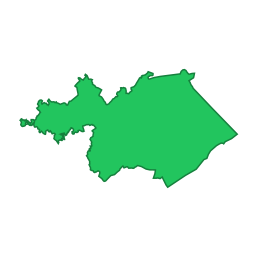 the district of Homs, Homs (Hims), Syria, rotated 326°
{"feature_id": "27442178B91557549439519", "entity_name": "Homs", "entity_type": "district", "adm_level": 2, "iso_a3": "SYR", "parent_name": "Syria", "parent_adm1": "Homs (Hims)", "projection": "orthographic", "projection_center": [36.55, 34.443], "detail": "fine", "context": "isolated", "style": "filled", "palette": "green", "viewbox_px": 256, "rotation_deg": 326, "n_neighbors": 0, "source": "geoboundaries", "source_scale": "gbopen_adm2", "svg_char_len": 5476}
<svg xmlns="http://www.w3.org/2000/svg" viewBox="0 0 256 256"><g transform="rotate(326 128 128)"><path d="M198.5,194.6L201.0,193.7L207.9,194.7L215.1,194.2L208.8,159.0L204.2,131.5L204.5,129.8L204.4,127.1L204.9,125.2L205.0,122.9L210.4,123.0L211.2,122.3L213.7,119.8L211.6,118.6L208.7,117.6L208.4,117.1L208.1,114.9L208.2,112.8L207.5,111.2L206.0,110.5L203.8,110.8L201.5,112.3L183.8,103.4L177.6,100.7L173.0,99.4L172.5,98.7L172.8,97.4L173.7,96.8L175.0,97.1L175.6,96.9L177.6,98.2L178.3,98.1L179.2,96.8L176.2,92.6L174.9,93.3L172.2,93.6L170.6,93.2L169.5,92.6L168.5,92.5L168.3,93.1L167.4,93.8L166.9,93.9L166.7,93.0L165.3,93.1L164.7,93.5L159.9,95.7L158.3,96.6L155.9,97.1L153.2,96.3L152.4,97.3L152.2,98.1L152.4,98.7L151.8,99.4L149.1,99.4L148.8,99.7L148.1,100.0L147.3,99.7L146.9,98.9L145.8,98.2L147.2,96.2L148.0,94.3L148.1,93.5L146.8,91.9L146.1,91.9L145.5,91.5L145.3,91.1L144.4,90.6L143.7,92.1L143.2,92.5L141.0,93.1L139.4,92.4L138.1,93.0L137.5,93.8L137.5,95.6L136.9,96.0L136.2,95.9L135.5,95.2L133.1,95.8L131.5,95.5L129.5,96.4L127.0,96.8L125.7,97.3L123.6,96.9L123.2,96.3L123.1,95.5L123.4,94.6L123.5,93.5L123.2,92.1L123.5,90.5L123.4,87.5L122.1,85.0L122.6,84.3L127.4,81.7L126.9,80.4L125.7,78.1L124.2,76.3L124.1,75.4L124.2,74.2L123.7,73.4L123.1,71.9L123.8,70.8L124.1,68.5L125.4,68.0L124.6,66.8L122.7,65.6L123.4,61.6L122.7,59.7L121.7,60.3L122.0,61.5L121.7,62.1L119.4,62.5L117.7,63.2L116.6,61.4L116.1,59.4L115.5,59.4L115.0,58.7L114.5,59.2L114.5,61.1L114.3,62.1L111.7,62.4L107.7,63.4L107.4,63.8L108.3,65.6L108.2,66.1L107.5,67.5L105.8,71.6L104.9,72.9L95.6,73.8L94.3,73.1L90.8,75.2L89.8,74.5L90.1,73.4L89.8,72.4L89.0,71.4L84.9,70.4L84.3,68.9L83.0,67.2L83.1,66.3L82.1,66.4L81.6,66.0L81.8,65.6L80.9,64.6L79.7,64.0L79.0,63.3L78.6,62.2L78.5,59.9L78.0,60.0L78.0,60.3L76.5,60.6L76.4,61.0L76.7,61.7L76.4,63.3L76.0,63.9L74.6,64.5L74.6,64.2L74.9,64.1L74.5,63.5L74.0,63.4L74.0,61.7L73.2,61.3L72.7,60.1L70.1,60.1L70.3,58.9L72.2,57.6L71.9,56.5L71.5,56.3L70.8,55.7L68.8,55.9L68.8,56.2L68.0,56.7L66.6,57.4L66.3,57.8L66.5,58.8L66.4,59.1L66.5,59.9L64.7,60.6L63.5,60.5L63.5,62.0L63.8,63.5L64.2,63.7L64.2,63.9L64.1,65.9L63.8,65.8L62.7,66.6L61.6,66.9L60.9,67.3L60.5,67.2L59.7,67.5L59.6,67.3L59.3,67.2L58.7,67.8L57.8,68.0L57.3,68.7L56.3,69.4L55.7,69.2L54.3,69.7L54.2,68.1L52.4,66.9L51.8,67.7L51.6,68.6L51.0,69.3L49.7,69.5L49.6,68.8L49.3,68.6L49.1,67.9L49.4,67.0L48.5,65.4L48.3,65.3L48.3,64.8L48.1,64.8L47.7,65.5L47.2,65.3L47.4,64.6L47.7,64.2L47.1,64.3L46.8,64.1L47.0,64.0L46.8,63.7L46.5,63.9L46.5,63.6L46.0,63.4L45.6,62.5L44.8,62.3L45.0,61.1L44.6,61.1L44.5,60.8L42.9,61.3L43.1,61.9L42.8,63.7L40.9,65.4L41.0,67.1L41.5,67.8L43.5,68.5L44.3,68.4L45.2,67.9L45.3,67.3L46.0,66.5L47.8,66.1L48.2,66.6L48.1,67.1L46.5,68.4L47.7,68.9L47.8,70.3L48.1,70.9L48.5,71.2L49.0,70.9L49.2,71.1L49.6,72.0L50.1,72.0L52.0,70.9L53.3,71.1L51.9,72.3L51.5,73.1L51.1,74.9L51.7,75.4L52.9,75.7L53.4,76.9L52.8,78.3L53.8,79.7L52.2,81.4L52.2,82.3L52.8,82.7L53.9,82.1L54.5,82.2L54.8,85.3L55.2,85.7L55.7,86.9L56.1,87.0L56.9,86.2L57.3,85.8L57.7,84.7L60.1,84.6L60.4,84.8L60.2,86.3L60.4,87.0L60.9,87.4L61.6,86.8L62.0,86.8L62.1,87.7L61.9,90.4L64.0,91.2L64.2,91.9L64.2,92.5L62.5,93.2L62.0,94.2L60.7,95.3L60.7,96.1L61.5,98.3L61.5,101.9L62.6,101.2L62.9,99.9L63.4,99.6L65.0,99.9L65.8,101.0L66.3,101.4L66.7,101.3L66.7,100.6L66.6,100.1L67.1,100.1L67.2,99.8L67.5,100.2L68.1,100.2L68.5,101.7L69.0,102.0L69.3,101.4L69.3,101.0L69.5,100.6L69.0,100.3L69.0,99.8L69.2,99.7L69.1,99.4L69.6,99.4L69.0,98.7L69.5,98.4L70.2,98.9L70.6,98.7L70.7,98.4L69.9,97.3L69.4,97.3L69.3,96.9L69.5,96.7L69.0,96.3L69.4,96.2L69.5,96.0L68.9,95.4L69.9,95.6L69.8,96.1L70.2,96.4L70.7,96.6L70.9,96.1L71.1,96.2L71.1,96.6L70.7,97.3L71.0,97.9L71.5,97.3L72.1,96.8L72.1,96.5L72.3,96.6L72.0,97.6L72.4,98.7L72.3,99.3L73.1,99.4L73.6,99.2L74.3,98.3L75.2,98.4L75.5,98.0L76.1,97.8L76.2,98.1L76.7,98.0L78.2,97.0L79.2,97.1L79.5,96.6L80.5,96.7L80.9,96.0L81.3,96.2L81.4,96.7L81.9,97.3L81.8,97.8L82.0,98.6L81.7,99.3L81.2,99.7L80.2,100.0L79.3,99.9L79.2,100.9L78.7,101.3L79.0,102.3L80.0,102.7L80.5,102.4L80.6,102.0L81.6,101.9L82.4,102.2L82.7,102.8L83.3,103.2L84.0,103.3L84.8,103.2L85.2,102.2L86.7,102.8L87.9,105.2L88.8,105.9L89.8,106.0L89.7,105.3L90.2,105.0L91.0,102.2L91.5,101.2L91.9,101.0L92.9,101.6L95.5,102.0L95.8,102.4L97.1,102.9L97.4,103.2L97.8,104.5L100.1,104.9L100.1,105.6L100.4,106.0L100.9,106.2L101.1,106.7L101.4,110.0L100.9,110.2L96.8,110.2L96.6,110.5L97.0,112.4L94.9,114.5L94.3,115.4L91.6,115.3L90.2,116.2L90.2,118.4L89.9,119.7L89.1,120.1L88.0,122.6L87.5,122.7L87.0,122.1L86.6,121.9L86.6,122.8L86.2,123.0L86.2,123.5L86.0,123.8L85.6,124.0L84.6,123.6L83.9,123.8L83.9,124.1L84.3,124.5L84.3,125.0L84.0,125.7L83.6,125.8L82.4,124.8L82.1,124.8L80.6,125.7L79.8,127.4L78.1,127.8L78.2,129.6L77.9,130.1L77.6,134.2L76.3,136.0L76.2,136.5L75.2,136.7L74.8,139.6L74.5,140.4L73.5,141.5L73.8,142.5L75.2,144.0L75.0,145.4L75.4,146.2L75.8,146.4L76.5,146.3L77.1,146.7L78.8,146.7L79.5,147.1L79.9,148.1L80.0,148.7L79.2,149.8L76.8,151.7L78.0,155.3L78.1,157.9L78.4,158.9L79.8,159.4L87.1,157.8L90.8,159.1L94.5,158.5L97.4,158.3L98.4,157.5L101.2,156.8L102.5,156.7L102.4,158.8L105.5,159.5L105.9,159.9L106.1,161.7L108.8,163.3L109.7,164.3L110.6,164.6L111.6,164.3L112.6,164.6L115.0,164.5L117.6,167.5L120.0,172.1L122.6,174.8L127.3,178.1L124.9,180.8L121.0,183.8L123.3,185.4L124.8,186.1L126.3,187.9L128.9,187.8L127.7,196.5L127.8,199.3L149.2,199.4L161.5,200.3L173.3,196.6L176.4,197.3L179.9,194.8L183.6,193.1L191.6,192.1L194.8,192.3L196.3,192.5L197.4,193.0L198.4,194.1L198.5,194.6Z" fill="#22c55e" stroke="#15803d" stroke-width="1.5"/></g></svg>